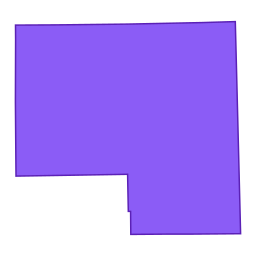 outline of Livingston, Illinois, United States of America
{"feature_id": "52423323B19180764669845", "entity_name": "Livingston", "entity_type": "district", "adm_level": 2, "iso_a3": "USA", "parent_name": "United States of America", "parent_adm1": "Illinois", "projection": "mercator", "projection_center": [-88.597, 40.865], "detail": "fine", "context": "isolated", "style": "filled", "palette": "violet", "viewbox_px": 256, "rotation_deg": 0, "n_neighbors": 0, "source": "geoboundaries", "source_scale": "gbopen_adm2", "svg_char_len": 333}
<svg xmlns="http://www.w3.org/2000/svg" viewBox="0 0 256 256"><path d="M127.0,24.1L65.0,24.8L53.9,24.9L15.5,25.1L15.6,39.6L15.4,101.5L16.0,176.1L127.6,174.3L128.3,211.4L130.6,211.4L130.8,234.4L168.0,234.1L191.4,234.1L240.6,233.7L236.6,72.9L235.3,21.6L201.5,22.6L127.0,24.1Z" fill="#8b5cf6" stroke="#5b21b6" stroke-width="1.5"/></svg>